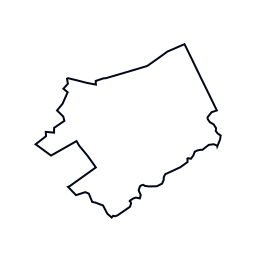 New London, Connecticut, United States of America, rotated 332°
{"feature_id": "52423323B44598433292078", "entity_name": "New London", "entity_type": "district", "adm_level": 2, "iso_a3": "USA", "parent_name": "United States of America", "parent_adm1": "Connecticut", "projection": "natural_earth1", "projection_center": [-72.11, 41.496], "detail": "fine", "context": "isolated", "style": "outline", "palette": "ink", "viewbox_px": 256, "rotation_deg": 332, "n_neighbors": 0, "source": "geoboundaries", "source_scale": "gbopen_adm2", "svg_char_len": 1344}
<svg xmlns="http://www.w3.org/2000/svg" viewBox="0 0 256 256"><g transform="rotate(332 128 128)"><path d="M216.8,94.7L217.2,82.3L217.2,80.5L198.7,79.0L191.8,80.0L174.7,82.2L173.2,82.1L167.9,81.0L166.2,80.7L131.7,73.6L129.9,72.7L121.6,71.3L120.0,74.6L112.8,68.8L105.8,62.4L98.5,55.9L97.3,55.8L95.7,60.7L89.4,63.0L91.5,68.1L81.7,75.8L73.6,79.2L76.2,87.5L75.2,91.8L62.8,93.2L60.5,97.4L53.6,92.8L51.8,96.7L48.7,97.3L38.8,99.0L47.1,116.2L76.4,115.4L76.6,120.7L79.3,133.8L81.1,147.7L49.2,152.0L47.4,151.8L50.6,162.9L60.2,164.6L62.6,167.6L61.7,176.4L64.4,178.8L69.6,184.7L69.5,194.0L71.6,199.4L73.6,198.5L75.3,199.9L77.9,200.2L92.7,198.5L95.3,196.1L95.6,194.7L95.2,193.3L96.0,193.0L99.5,192.7L102.2,193.1L105.4,195.7L107.8,193.1L108.1,188.4L108.5,187.6L111.2,185.1L113.0,184.9L114.7,185.4L114.8,185.4L115.7,187.0L119.0,189.4L126.2,193.0L132.0,193.1L134.3,191.2L135.2,190.5L136.6,188.1L139.2,186.3L139.8,186.3L155.7,187.2L164.6,186.0L166.1,182.9L166.7,182.9L166.9,182.9L169.1,184.7L172.8,182.9L175.8,180.3L178.2,180.3L181.6,181.2L182.0,181.4L183.4,182.2L191.4,180.8L196.1,182.6L198.4,185.4L198.2,186.1L203.8,181.5L206.3,178.1L204.6,175.0L204.1,171.8L205.7,169.4L205.4,166.4L205.3,164.9L203.0,161.3L202.6,157.8L202.9,156.5L203.6,155.7L209.2,153.3L214.7,154.2L215.7,124.8L215.9,117.8L216.8,94.7Z" fill="none" stroke="#020617" stroke-width="2"/></g></svg>